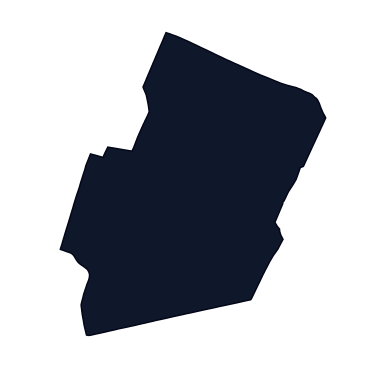 Azcapotzalco, México, Mexico, rotated 97°
{"feature_id": "50627088B15179175127697", "entity_name": "Azcapotzalco", "entity_type": "district", "adm_level": 2, "iso_a3": "MEX", "parent_name": "Mexico", "parent_adm1": "México", "projection": "mercator", "projection_center": [-99.184, 19.486], "detail": "fine", "context": "isolated", "style": "filled", "palette": "ink", "viewbox_px": 384, "rotation_deg": 97, "n_neighbors": 0, "source": "geoboundaries", "source_scale": "gbopen_adm2", "svg_char_len": 4497}
<svg xmlns="http://www.w3.org/2000/svg" viewBox="0 0 384 384"><g transform="rotate(97 192 192)"><path d="M290.9,120.1L282.7,117.3L280.8,116.7L278.9,116.0L278.7,116.0L277.0,115.4L275.2,114.8L273.3,114.1L271.5,113.5L269.6,112.9L268.2,112.4L267.9,112.3L266.0,111.7L264.1,111.0L262.2,110.3L260.1,109.6L258.4,108.9L256.5,108.2L254.6,107.5L251.6,106.4L250.7,106.0L250.5,105.9L245.2,103.6L244.8,103.4L243.5,102.7L243.4,102.6L241.9,101.8L240.2,100.9L238.4,99.9L236.5,99.2L234.9,98.6L233.6,98.1L229.7,96.6L227.9,95.9L225.8,97.3L225.4,97.6L224.0,98.6L220.6,100.1L219.4,100.4L218.7,100.5L218.0,100.7L216.1,102.8L215.9,103.0L213.7,104.7L213.2,105.1L212.0,106.0L210.7,105.6L210.2,105.5L192.7,100.5L191.2,100.6L190.5,100.2L189.6,99.6L188.1,99.1L186.5,98.5L185.1,98.1L183.4,97.5L181.9,97.0L179.9,96.3L179.5,96.1L178.9,95.8L175.8,94.3L174.2,93.5L172.5,92.7L171.0,92.0L166.8,90.2L166.3,90.1L164.8,89.8L164.7,89.7L157.9,88.2L154.6,87.5L153.0,84.6L152.5,84.4L144.6,81.9L134.3,78.6L133.9,78.5L133.0,78.2L126.2,76.0L125.6,75.8L124.6,75.5L124.1,75.3L123.3,75.1L121.0,74.3L120.4,74.1L120.2,74.1L119.7,73.9L117.7,73.3L117.0,73.0L114.1,72.1L113.3,71.9L110.6,71.0L110.0,70.8L109.1,70.5L106.8,69.8L105.3,69.3L103.6,68.8L102.3,68.3L101.1,69.0L100.4,69.5L100.0,69.7L98.9,70.6L97.8,71.4L97.3,71.7L96.3,72.3L94.6,73.3L93.0,74.2L92.5,74.5L88.7,76.4L88.5,76.5L87.0,77.5L85.2,78.7L84.8,79.1L84.3,79.6L84.1,79.8L83.8,80.2L83.6,80.7L83.5,80.9L83.1,81.6L82.6,82.3L82.3,82.7L81.9,83.2L81.3,83.9L81.2,84.2L80.8,84.6L80.5,85.2L80.2,86.2L79.8,87.1L79.6,87.7L79.2,89.7L78.6,91.8L78.4,92.6L78.0,93.8L76.9,96.5L76.5,98.3L76.3,99.2L75.6,101.7L75.4,103.8L74.4,111.1L73.3,116.8L73.2,117.3L72.2,120.9L71.9,122.1L71.2,124.7L69.7,129.9L67.4,138.8L67.2,139.4L66.5,141.7L65.9,143.7L65.7,144.4L64.8,147.2L63.7,150.5L62.8,153.5L61.9,156.3L61.3,158.3L60.4,161.1L59.7,163.4L59.5,164.2L58.5,167.4L58.4,167.6L57.2,171.3L56.6,173.6L56.2,174.7L55.5,176.8L55.1,177.8L53.9,181.6L52.7,185.2L52.1,187.0L51.3,189.2L49.1,195.7L48.7,197.0L48.0,199.2L47.3,201.4L46.9,202.4L46.0,205.1L44.8,208.8L43.5,212.6L42.7,215.1L42.3,216.5L41.2,220.1L40.0,223.9L40.0,224.2L39.4,226.0L38.6,229.8L37.7,233.6L37.0,237.2L39.2,237.8L40.8,238.3L43.3,239.0L46.0,239.7L48.7,240.5L51.3,241.3L53.8,242.0L56.6,242.8L57.8,243.1L59.1,243.5L60.6,243.9L61.7,244.3L63.3,244.7L64.4,245.0L65.7,245.4L67.0,245.7L68.0,246.1L70.7,246.8L73.0,247.5L75.5,248.2L77.9,248.9L78.0,248.9L81.0,249.8L82.6,250.2L84.1,250.7L85.3,251.0L87.6,251.6L89.2,252.1L90.0,252.3L93.7,253.4L95.0,252.8L99.8,250.0L101.1,249.3L103.6,248.4L107.2,247.2L111.6,245.8L115.1,244.9L116.8,244.4L118.1,244.4L120.5,245.1L121.8,245.5L124.5,246.4L127.3,247.4L129.0,247.9L130.9,248.6L132.4,249.0L134.1,249.6L136.2,250.2L138.2,250.8L140.1,251.4L142.2,252.0L144.1,252.6L147.3,253.4L155.0,255.3L156.8,255.9L158.8,256.6L158.3,267.2L157.9,275.6L157.9,276.6L157.7,281.0L160.5,282.0L164.0,283.2L168.5,284.6L168.4,285.2L167.5,290.8L166.6,297.4L171.3,298.6L178.9,300.6L179.3,300.6L184.0,301.3L187.9,302.1L192.3,302.9L196.0,303.6L200.6,304.3L205.1,305.2L208.3,305.9L210.4,306.3L212.6,306.7L217.1,307.5L220.0,308.0L221.7,308.2L225.1,308.8L235.6,310.6L246.7,312.6L250.2,313.2L257.5,314.4L259.6,314.7L263.1,315.4L265.0,315.7L265.5,313.0L266.0,311.0L266.6,308.4L267.2,305.4L267.5,304.6L268.1,303.4L268.5,302.8L269.0,302.2L269.5,301.6L270.5,300.8L271.4,300.1L273.3,298.6L274.7,297.4L275.5,296.6L276.3,295.6L276.9,294.7L278.0,292.8L278.7,291.3L279.6,289.7L280.8,287.7L281.5,286.6L281.9,286.2L282.5,285.7L283.3,285.1L284.3,284.5L285.1,284.1L286.7,283.6L287.9,283.5L289.4,283.5L290.4,283.6L291.3,283.7L293.5,284.2L295.3,284.7L296.9,285.1L299.6,285.6L301.4,286.0L305.1,286.7L305.7,286.9L306.7,287.0L308.0,287.2L310.1,287.4L312.8,287.8L316.2,288.2L317.3,288.3L318.2,288.2L319.3,287.9L324.5,286.6L326.1,286.2L327.3,285.9L328.4,285.5L330.2,285.0L332.0,284.4L332.9,284.1L334.1,283.8L336.1,283.2L338.3,282.5L346.8,279.3L347.0,277.7L346.9,276.8L346.8,276.4L346.5,275.2L344.6,269.9L342.9,264.9L342.7,264.5L341.8,261.9L341.4,260.8L340.6,258.6L339.9,256.8L339.8,256.5L339.1,254.5L338.4,252.5L337.5,250.1L336.7,248.1L335.8,245.4L335.0,243.0L333.5,238.7L332.6,236.2L331.9,234.1L331.2,232.1L330.4,230.0L330.2,229.6L329.4,227.2L329.0,226.3L328.3,224.2L327.8,222.8L327.0,220.6L326.7,219.9L324.8,214.5L324.0,212.6L321.8,206.1L320.6,202.7L317.5,194.2L315.9,189.6L314.7,186.1L313.4,182.6L312.2,178.9L307.7,166.3L307.5,165.7L303.7,154.7L302.8,152.3L296.8,134.8L294.1,127.3L293.3,125.1L291.8,120.7L290.9,120.1Z" fill="#0f172a" stroke="#020617" stroke-width="1.5"/></g></svg>